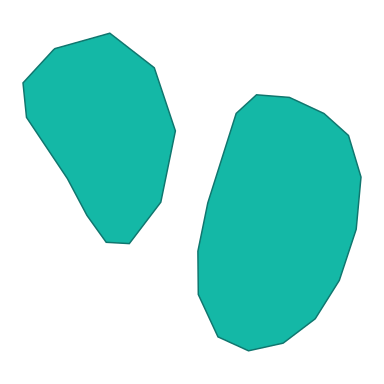 map outline of Likoma (Equal Earth projection)
{"feature_id": "MWI-5509", "entity_name": "Likoma", "entity_type": "District", "adm_level": 1, "iso_a3": "MWI", "parent_name": "Malawi", "parent_adm1": "", "projection": "equal_earth", "projection_center": [34.654, -12.048], "detail": "fine", "context": "isolated", "style": "filled", "palette": "teal", "viewbox_px": 384, "rotation_deg": 0, "n_neighbors": 0, "source": "natural_earth", "source_scale": "10m", "svg_char_len": 465}
<svg xmlns="http://www.w3.org/2000/svg" viewBox="0 0 384 384"><path d="M256.5,94.8L289.4,97.4L324.1,113.6L348.5,135.5L361.0,177.1L356.2,229.3L339.3,280.4L315.2,318.8L283.2,343.1L248.5,350.8L218.0,336.9L198.3,294.5L197.9,251.2L207.8,202.9L236.2,113.4L256.5,94.8ZM53.4,49.9L54.9,48.6L109.8,33.2L154.3,67.8L175.4,130.9L160.8,202.2L129.3,243.6L106.2,242.3L87.0,215.5L67.4,178.6L26.5,117.4L23.0,82.9L53.4,49.9Z" fill="#14b8a6" stroke="#0f766e" stroke-width="1.5"/></svg>